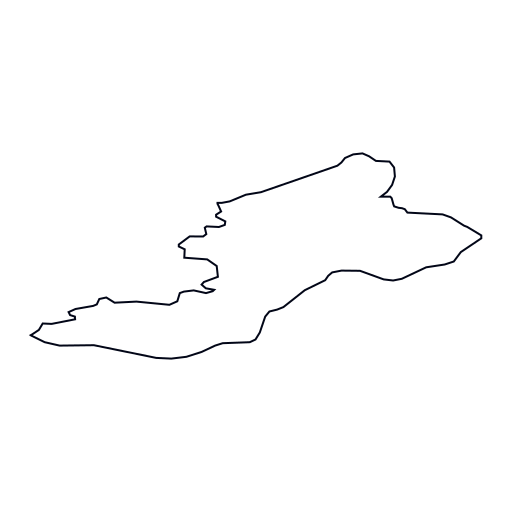 Fife, Equal Earth projection
{"feature_id": "GBR-2021", "entity_name": "Fife", "entity_type": "Unitary District", "adm_level": 1, "iso_a3": "GBR", "parent_name": "United Kingdom", "parent_adm1": "", "projection": "equal_earth", "projection_center": [-3.169, 56.241], "detail": "fine", "context": "isolated", "style": "outline", "palette": "ink", "viewbox_px": 512, "rotation_deg": 0, "n_neighbors": 0, "source": "natural_earth", "source_scale": "10m", "svg_char_len": 1430}
<svg xmlns="http://www.w3.org/2000/svg" viewBox="0 0 512 512"><path d="M217.5,202.9L221.6,202.9L229.7,201.4L245.9,194.7L260.9,192.2L337.4,165.7L341.4,162.5L345.0,158.0L353.2,154.4L362.5,153.4L369.1,156.3L375.9,160.9L389.5,161.6L394.1,167.5L394.9,176.5L392.1,184.9L387.0,191.9L380.8,196.7L390.3,196.7L391.7,198.2L393.5,204.7L394.2,206.4L398.6,207.8L402.0,208.2L404.8,209.2L407.4,212.6L442.6,214.4L451.0,217.4L464.1,225.7L467.2,226.9L481.3,235.4L481.3,238.3L460.8,252.1L453.8,261.5L444.7,264.5L426.2,267.3L401.8,278.8L393.1,280.5L383.7,279.4L360.0,270.8L341.5,270.6L332.2,272.4L328.2,275.8L325.2,280.2L304.8,290.2L283.4,307.1L277.1,309.6L269.4,311.5L265.2,316.6L259.8,332.5L255.5,339.5L249.8,342.2L222.7,343.2L215.1,345.6L201.7,351.9L186.4,356.8L171.3,358.6L156.2,357.9L93.9,345.2L59.6,345.6L44.7,342.2L31.1,335.5L30.7,335.2L32.3,334.3L38.9,329.9L42.7,323.5L51.6,323.9L75.1,319.3L74.9,316.6L70.1,315.1L68.6,312.1L75.5,309.0L93.2,305.9L96.8,304.4L99.3,299.0L106.3,297.5L114.6,302.7L136.4,301.6L169.4,304.8L177.3,301.3L179.8,293.1L183.9,291.6L193.7,290.4L206.0,293.1L212.7,291.2L214.2,289.8L205.8,288.3L201.6,284.6L203.9,282.0L217.9,276.8L216.7,266.0L207.2,259.4L184.3,257.7L184.7,249.3L178.8,246.5L178.8,244.5L189.7,236.4L203.1,236.5L206.3,234.1L204.8,227.7L206.6,226.4L218.9,227.0L224.8,224.9L225.3,221.4L216.1,216.7L216.1,214.7L221.1,211.5L218.5,205.7L217.5,203.8L217.5,202.9Z" fill="none" stroke="#020617" stroke-width="2"/></svg>